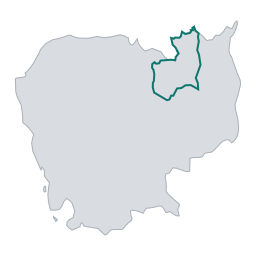 Stœng Trêng on a map of Cambodia (Natural Earth projection)
{"feature_id": "KHM-1792", "entity_name": "Stœng Trêng", "entity_type": "Province", "adm_level": 1, "iso_a3": "KHM", "parent_name": "Cambodia", "parent_adm1": "", "projection": "natural_earth1", "projection_center": [106.102, 13.853], "detail": "coarse", "context": "in_parent", "style": "outline", "palette": "teal", "viewbox_px": 256, "rotation_deg": 0, "n_neighbors": 0, "source": "natural_earth", "source_scale": "10m", "svg_char_len": 3220}
<svg xmlns="http://www.w3.org/2000/svg" viewBox="0 0 256 256"><path d="M236.9,21.0L237.5,23.8L235.8,29.0L233.9,33.7L230.3,37.8L230.1,40.8L228.9,49.9L229.4,52.7L230.2,55.2L231.4,56.5L234.5,65.4L237.3,73.4L240.1,80.0L240.6,84.2L238.1,94.8L235.1,104.5L235.4,109.4L236.7,114.2L238.1,120.7L238.6,128.9L237.8,134.3L236.5,137.7L233.9,141.1L231.7,142.9L229.0,140.0L226.8,139.8L223.9,140.7L221.7,142.0L217.1,147.1L211.9,152.0L204.8,153.2L202.1,156.9L199.1,157.4L193.5,157.6L189.9,158.4L190.0,160.2L189.7,168.9L189.8,170.9L189.3,171.4L186.7,171.7L182.4,170.4L176.6,168.2L172.5,167.9L170.3,171.7L169.1,173.1L167.5,173.4L165.9,174.0L165.3,175.7L165.2,177.8L166.0,181.4L166.3,187.1L166.0,191.0L167.6,193.5L176.4,201.7L179.1,203.8L179.4,205.0L177.8,209.5L179.2,215.9L176.4,215.8L171.8,213.0L169.6,211.4L166.9,212.7L165.9,212.5L164.1,209.3L161.7,206.2L159.3,206.0L154.1,207.2L148.8,208.1L146.8,208.1L146.0,208.6L142.9,213.4L141.6,212.6L136.3,210.8L131.4,210.1L130.4,211.3L131.0,215.2L132.1,218.9L131.4,220.5L128.7,222.5L125.2,226.1L123.0,228.8L121.5,229.5L116.2,229.4L110.8,229.8L108.6,232.4L106.6,234.4L104.9,235.0L97.9,228.5L84.0,226.2L82.5,223.4L81.1,222.8L79.9,226.6L72.2,230.1L69.0,228.0L66.7,225.4L67.0,222.2L69.2,219.6L73.0,217.7L74.8,211.1L71.9,202.7L69.4,200.3L66.7,198.4L63.9,201.5L61.5,206.8L59.1,209.6L55.6,210.2L50.5,210.0L48.5,202.0L47.9,195.1L48.6,187.3L49.4,182.7L44.5,176.3L44.2,170.3L41.9,167.1L41.2,168.7L41.2,170.5L40.6,169.2L32.9,151.4L31.6,143.1L33.0,136.7L33.7,134.6L31.5,131.3L28.4,127.5L22.9,122.5L22.5,114.6L21.3,105.3L19.7,102.1L17.1,96.4L15.8,91.7L15.4,79.1L16.1,78.1L20.0,77.7L25.0,76.8L25.9,74.8L25.0,73.1L28.2,70.3L32.9,64.1L36.5,57.5L39.0,53.4L40.6,49.4L45.8,43.6L53.0,39.6L57.8,38.7L62.9,37.3L67.8,35.4L70.1,35.2L76.1,37.5L79.3,38.1L82.8,38.1L86.3,38.3L89.4,38.1L96.8,36.5L104.6,37.7L111.6,36.7L120.2,34.8L124.5,36.0L128.4,37.9L128.9,41.7L129.8,43.5L131.1,44.8L132.8,44.8L135.0,42.2L136.8,39.4L137.4,38.9L137.5,40.3L138.4,43.2L140.1,46.2L141.8,48.1L144.5,50.7L146.3,50.8L152.3,48.4L161.1,51.9L162.2,53.7L165.0,57.3L168.1,59.9L175.1,60.1L177.5,53.7L176.3,49.8L172.4,43.1L171.3,39.1L172.6,38.4L179.2,37.6L180.3,36.8L181.8,32.4L183.6,32.9L187.3,33.5L191.2,30.5L193.6,27.3L194.8,28.8L196.2,31.0L197.7,32.3L200.5,34.2L203.6,36.8L205.6,39.5L207.1,40.5L211.1,39.7L212.2,39.9L214.5,36.7L216.1,34.9L217.4,35.4L219.4,35.4L223.6,31.3L225.9,27.6L227.2,26.6L230.9,28.5L232.4,28.1L234.6,23.0L236.9,21.0ZM45.9,191.5L45.2,191.9L44.5,191.9L43.7,191.2L43.8,188.3L44.3,186.6L45.6,186.2L45.9,191.5ZM57.5,219.7L55.9,221.6L53.5,217.6L53.5,216.5L57.5,219.7Z" fill="#d9dde1" stroke="#a8b0b8" stroke-width="1"/><path d="M194.0,26.7L195.4,30.6L198.7,33.4L197.9,36.9L198.8,41.3L197.2,50.0L199.0,54.8L200.5,64.8L195.8,78.0L197.8,83.0L198.2,89.3L190.9,85.1L185.4,85.3L181.4,88.0L177.0,88.5L173.3,95.7L171.1,95.6L169.5,99.4L167.1,100.2L154.2,92.6L152.8,87.6L152.9,82.7L153.8,81.3L154.3,74.3L153.5,70.0L152.1,67.8L152.2,64.2L154.5,62.2L156.1,63.7L159.2,63.3L160.5,60.6L171.1,59.7L175.2,60.3L175.7,57.1L178.6,53.5L175.5,47.5L172.7,44.9L171.1,37.9L173.8,38.8L174.9,37.6L179.6,37.7L180.9,36.2L182.0,31.7L185.3,34.0L190.1,32.9L191.2,31.3L190.8,30.1L192.9,30.1L192.3,28.0L194.0,26.7Z" fill="none" stroke="#0f766e" stroke-width="2"/></svg>